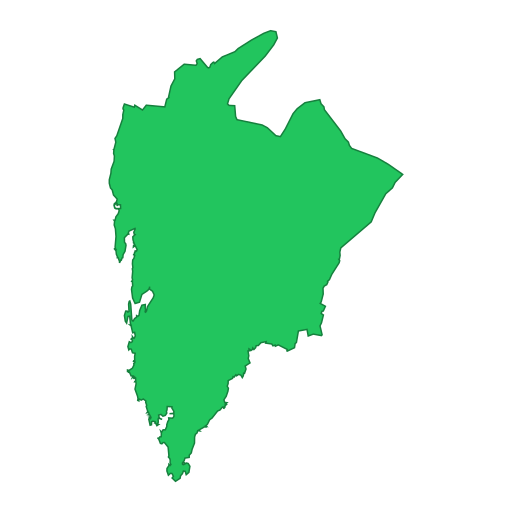 Rygge nor, Østfold, Norway (Mercator projection)
{"feature_id": "86288312B33808129410619", "entity_name": "Rygge nor", "entity_type": "district", "adm_level": 2, "iso_a3": "NOR", "parent_name": "Norway", "parent_adm1": "Østfold", "projection": "mercator", "projection_center": [10.691, 59.372], "detail": "fine", "context": "isolated", "style": "filled", "palette": "green", "viewbox_px": 512, "rotation_deg": 0, "n_neighbors": 0, "source": "geoboundaries", "source_scale": "gbopen_adm2", "svg_char_len": 6075}
<svg xmlns="http://www.w3.org/2000/svg" viewBox="0 0 512 512"><path d="M319.8,99.7L305.0,102.7L297.2,108.7L293.1,113.6L285.3,129.0L280.4,136.6L275.9,135.7L267.4,127.8L262.2,125.0L237.0,119.7L235.6,116.5L234.7,105.7L229.0,105.4L227.5,103.9L229.0,98.8L241.8,80.5L265.2,56.1L273.7,44.9L277.4,38.0L275.9,31.7L270.6,30.7L263.8,33.3L251.4,40.1L238.2,48.5L234.9,51.7L222.3,56.9L214.6,63.5L213.8,62.1L212.9,62.5L210.7,64.6L210.0,67.0L208.6,67.9L207.6,67.5L200.1,58.6L197.3,59.4L196.3,60.9L197.2,63.5L196.0,65.3L184.2,64.2L174.6,71.9L174.8,78.8L171.0,86.0L168.6,96.9L168.9,97.5L166.7,99.2L164.8,106.9L146.3,105.2L142.5,110.0L134.8,105.2L134.3,107.2L124.4,104.0L123.1,107.7L123.0,108.9L123.8,110.1L122.8,114.7L122.8,118.4L116.8,135.8L115.0,138.4L115.8,142.2L114.0,149.2L113.5,149.6L113.9,150.0L113.6,153.5L114.4,155.9L114.1,161.3L111.2,169.1L110.9,173.3L109.3,179.7L109.3,183.3L110.5,188.0L112.2,189.9L113.5,195.0L117.2,199.1L116.4,202.1L116.7,203.0L115.4,204.1L117.1,203.8L117.1,206.0L117.5,204.8L120.5,204.8L120.6,208.5L116.4,208.6L114.8,207.7L114.4,206.2L114.8,203.4L114.2,204.0L114.1,205.6L114.7,208.0L116.0,208.8L118.5,208.9L119.2,210.7L118.2,213.7L115.9,216.8L115.1,220.2L114.0,220.2L114.6,221.0L114.2,225.0L115.4,228.7L116.0,236.5L115.1,247.0L115.5,248.5L114.9,248.6L115.8,249.5L115.0,249.6L116.0,250.8L116.4,254.4L117.3,256.3L117.3,257.7L118.1,257.6L119.5,261.4L119.5,262.9L121.2,259.3L121.2,260.7L122.0,258.0L122.8,257.7L123.1,254.6L125.0,251.3L126.0,245.4L125.7,243.7L124.5,242.3L124.4,237.7L128.0,234.0L129.5,234.4L128.1,233.7L129.0,231.1L135.0,228.4L135.2,229.0L133.8,232.2L134.2,234.2L135.1,234.6L132.8,236.8L133.0,239.8L133.9,242.7L132.8,243.0L133.9,242.7L134.7,244.9L133.6,245.4L133.4,247.0L135.2,245.7L137.2,249.6L136.1,251.2L134.5,250.6L136.1,251.2L134.6,252.3L134.3,254.6L133.1,254.4L134.7,255.4L133.9,258.4L132.7,260.0L132.4,263.9L132.9,267.6L132.3,268.7L132.7,271.3L132.1,277.7L132.6,279.9L131.7,281.4L132.4,281.6L132.7,285.9L131.9,287.0L131.5,289.3L132.6,298.0L135.1,303.5L139.5,302.2L141.9,294.4L147.7,290.5L149.4,288.3L149.6,286.6L149.5,289.1L152.5,291.2L154.2,294.9L153.2,297.8L147.4,306.8L146.5,311.0L145.6,312.2L145.1,311.8L145.6,309.6L145.2,308.3L145.3,304.5L141.9,305.2L139.7,310.5L139.0,315.3L137.9,316.3L136.6,315.6L136.5,317.3L134.6,318.5L133.3,320.9L132.4,320.9L131.8,319.4L130.7,304.1L129.8,301.0L129.2,301.4L128.6,304.0L129.0,311.5L127.8,312.1L127.2,311.1L125.7,311.1L124.4,315.5L125.3,321.2L126.6,323.1L128.0,316.4L129.7,316.2L130.4,323.3L131.1,325.3L130.2,325.1L131.1,325.9L132.7,332.8L134.6,332.3L135.3,336.0L134.1,338.4L133.0,338.2L133.0,337.4L132.5,336.7L132.6,337.6L131.1,339.1L132.5,340.2L132.3,341.6L130.9,342.6L129.3,341.7L127.9,346.6L128.8,349.9L129.7,348.9L131.3,349.2L132.5,352.8L135.2,353.3L134.6,356.4L134.7,360.4L133.8,360.7L133.1,361.9L134.2,360.9L134.9,361.6L134.8,362.7L133.7,363.7L134.0,364.9L132.4,368.2L129.0,370.4L127.5,370.0L127.5,372.2L127.8,370.7L128.9,370.6L128.7,372.3L129.5,372.3L131.1,375.9L133.0,376.0L132.4,377.6L133.9,376.4L135.3,377.7L133.2,378.4L135.6,378.4L135.8,381.1L134.8,381.4L134.7,381.7L135.8,381.4L136.1,383.8L135.0,389.1L137.5,396.1L138.0,398.5L137.7,400.4L138.4,400.7L137.9,399.6L138.2,399.0L139.3,399.2L138.8,400.4L139.6,399.2L141.2,400.1L143.3,399.0L145.9,401.0L145.7,402.4L146.7,405.3L146.2,406.5L147.8,411.6L147.0,412.7L148.5,412.4L149.2,414.4L148.4,414.8L149.8,415.1L150.6,416.7L149.6,417.0L150.9,417.5L150.5,418.7L149.3,418.2L148.8,419.2L150.1,425.2L151.5,424.8L151.6,421.7L152.9,421.2L155.1,421.6L155.3,422.5L154.8,423.0L155.8,423.5L156.9,425.7L157.7,425.2L157.2,424.5L158.5,424.3L157.4,423.6L158.3,422.2L158.1,419.1L158.5,418.2L162.1,419.4L159.3,418.0L158.6,415.1L161.0,414.4L162.9,416.2L165.3,415.4L166.8,413.1L166.4,411.1L167.0,410.0L167.2,406.5L172.0,406.8L171.9,408.1L173.9,411.4L173.7,413.3L169.5,413.7L173.8,413.6L174.0,416.2L173.4,417.3L172.5,418.2L168.7,417.9L168.9,419.7L167.8,421.5L166.8,424.6L166.8,426.4L165.3,429.8L163.1,429.8L161.7,432.2L160.8,431.3L161.4,433.4L161.2,436.7L159.8,436.9L158.7,438.6L157.5,437.7L158.8,439.2L160.4,443.4L161.9,443.8L162.9,442.6L164.4,442.5L168.1,447.1L168.9,455.7L168.4,457.0L169.7,458.5L170.2,460.0L170.1,462.9L170.9,464.5L170.1,465.5L168.9,464.4L168.9,465.6L167.0,468.4L166.9,471.0L168.4,475.2L170.5,473.3L172.0,473.5L173.4,476.3L172.1,478.0L175.5,481.3L180.1,478.3L180.6,475.7L182.4,473.7L183.4,471.0L185.2,471.3L186.2,474.7L188.9,472.4L189.9,466.3L188.2,463.5L186.5,463.0L183.6,464.7L182.6,464.4L182.4,463.2L184.2,462.7L183.1,462.1L184.2,460.7L184.9,458.1L189.2,457.4L189.3,455.1L191.3,452.9L192.1,449.3L194.5,443.1L194.6,437.0L195.4,434.3L197.0,433.0L197.7,430.7L199.7,430.9L198.8,430.1L204.4,426.9L205.9,427.0L205.6,426.1L206.6,426.3L206.0,425.6L207.5,424.1L209.7,419.7L212.0,418.1L217.6,411.0L220.0,410.0L222.4,407.1L223.8,407.6L223.8,408.9L224.5,407.0L225.5,407.4L224.3,406.6L226.5,404.4L225.3,404.0L226.9,402.7L224.7,402.4L223.9,399.8L226.2,396.3L227.9,391.3L228.4,388.3L227.2,386.2L228.1,383.7L228.2,380.6L232.5,378.4L233.1,376.6L234.1,377.1L235.9,374.8L236.6,375.8L238.6,374.4L240.8,375.1L242.3,377.6L243.3,375.8L243.6,373.2L244.5,373.4L246.0,369.0L245.2,366.0L250.0,362.9L248.2,358.5L248.8,355.7L248.0,351.0L249.1,350.9L249.0,348.9L249.5,349.2L249.5,350.3L250.2,349.8L250.8,350.6L252.4,349.5L252.8,348.0L253.9,349.5L255.6,347.7L256.2,345.7L258.3,345.5L260.9,342.7L266.1,341.6L265.6,343.1L271.8,344.0L272.9,345.8L275.2,345.1L275.4,346.2L278.3,344.9L287.2,349.4L286.9,350.9L287.3,351.1L294.5,347.7L295.1,343.6L296.4,342.5L298.4,331.0L307.0,329.4L308.2,336.0L313.3,334.1L321.4,335.6L322.1,334.8L320.0,325.9L321.5,322.8L323.4,315.0L321.2,313.5L321.9,311.3L323.3,311.0L325.4,306.3L320.2,303.4L321.2,301.9L323.2,294.0L323.0,288.2L324.3,286.0L326.7,284.7L327.9,282.0L327.5,281.3L329.4,279.7L331.8,274.3L339.1,262.8L339.7,260.7L338.8,259.3L339.4,259.1L340.1,255.4L339.8,252.1L340.8,247.9L371.2,221.9L375.0,212.8L385.8,193.7L392.4,187.9L395.1,182.4L402.7,174.4L388.4,164.4L377.4,158.0L351.6,148.4L349.4,145.4L348.4,142.1L345.0,138.7L340.7,131.0L324.4,109.7L323.9,106.8L321.0,103.7L319.8,99.7Z" fill="#22c55e" stroke="#15803d" stroke-width="1.5"/></svg>